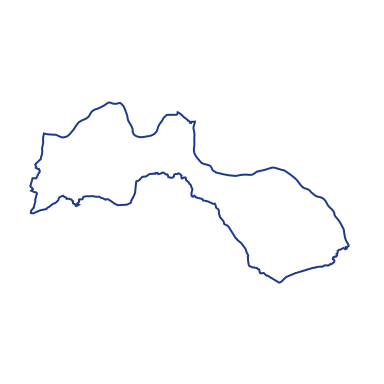 Kaplavas pag., Kraslavas, Latvia (Mercator projection), rotated 6°
{"feature_id": "27541924B33567363876406", "entity_name": "Kaplavas pag.", "entity_type": "district", "adm_level": 2, "iso_a3": "LVA", "parent_name": "Latvia", "parent_adm1": "Kraslavas", "projection": "mercator", "projection_center": [27.187, 55.84], "detail": "fine", "context": "isolated", "style": "outline", "palette": "blue", "viewbox_px": 384, "rotation_deg": 6, "n_neighbors": 0, "source": "geoboundaries", "source_scale": "gbopen_adm2", "svg_char_len": 6014}
<svg xmlns="http://www.w3.org/2000/svg" viewBox="0 0 384 384"><g transform="rotate(6 192 192)"><path d="M265.1,161.0L262.8,162.1L261.4,162.6L254.8,164.8L253.6,165.6L251.7,167.4L250.2,168.4L248.1,168.9L243.4,169.1L238.8,169.9L234.2,171.4L232.5,171.5L226.8,171.5L221.6,171.1L214.0,170.1L211.7,169.0L210.4,168.2L209.6,167.2L208.7,165.5L208.3,165.0L207.3,164.1L206.5,163.8L205.0,163.4L201.0,162.9L198.8,162.2L198.0,161.7L193.4,157.4L191.1,154.5L190.3,153.1L190.0,152.3L189.5,150.3L189.3,147.8L189.5,145.7L189.3,143.5L188.7,138.9L188.4,134.1L188.1,132.9L187.9,132.2L186.7,128.1L186.9,125.7L187.5,122.9L187.6,121.7L183.5,122.4L183.7,123.4L182.8,123.4L182.7,122.5L180.9,121.4L180.6,121.4L180.6,121.2L177.4,119.1L176.8,118.9L175.7,118.1L175.5,117.8L171.3,114.9L169.4,114.2L169.4,115.4L169.3,115.8L169.1,116.2L168.6,116.8L159.0,117.9L158.1,118.9L156.9,120.1L155.9,121.5L154.8,124.2L152.7,127.8L151.6,130.3L151.3,132.2L150.6,135.2L149.7,136.6L148.4,138.3L146.4,139.6L144.3,140.6L139.0,142.1L135.9,142.8L134.2,142.9L132.0,142.6L130.3,142.1L128.9,141.4L127.7,140.2L126.9,138.8L126.2,135.2L124.6,132.4L122.1,129.1L121.0,127.4L120.4,125.9L119.7,123.2L118.4,120.3L117.3,118.0L115.7,115.0L114.9,113.9L113.4,112.4L111.9,111.3L111.2,111.0L109.8,111.3L107.7,112.1L105.8,112.4L103.5,112.3L102.2,111.8L100.4,111.6L99.0,112.2L95.2,115.4L93.3,116.7L89.1,119.2L87.2,119.9L85.9,120.7L84.0,122.4L83.0,124.0L82.3,125.9L81.1,128.1L79.3,129.9L74.9,132.4L72.0,134.6L69.6,138.5L68.3,141.3L65.5,145.6L64.0,147.7L61.8,149.9L59.4,150.8L57.7,151.3L55.4,150.9L51.0,149.4L49.6,149.3L48.1,149.5L41.7,149.7L38.6,149.3L38.3,153.7L38.4,155.4L38.9,158.7L38.3,164.3L38.9,167.3L38.8,170.6L38.2,173.1L38.2,175.0L35.5,178.1L33.2,181.0L34.6,183.6L34.3,184.2L34.2,184.3L36.8,185.4L37.2,185.1L37.5,185.2L37.8,186.1L38.1,186.3L38.2,186.7L38.4,187.0L38.5,187.4L38.0,188.8L37.4,189.4L37.2,190.5L35.7,194.6L32.0,195.0L30.6,203.1L31.1,203.8L32.3,204.5L33.5,205.8L31.9,207.5L35.3,208.6L37.2,208.7L37.9,209.4L38.0,209.7L37.8,210.9L37.4,212.6L36.9,216.3L37.2,217.7L36.6,221.1L36.3,224.0L36.2,224.0L34.0,227.4L33.8,229.4L33.9,229.8L36.4,229.8L43.1,226.0L48.9,224.2L49.9,222.8L51.6,221.6L55.1,218.1L56.4,217.8L58.3,216.2L60.0,213.9L60.2,212.2L60.7,211.2L61.3,210.7L64.1,209.2L64.3,209.2L65.4,210.1L67.3,210.7L68.0,212.0L69.2,211.5L69.8,211.7L70.9,211.6L71.2,211.9L71.7,212.0L72.4,211.9L73.4,212.6L73.8,213.2L74.7,213.6L74.7,214.3L74.6,214.9L74.9,215.7L75.4,216.0L75.9,216.2L76.6,216.2L77.7,217.3L77.8,218.0L78.2,218.1L79.2,217.5L79.7,217.3L80.7,216.6L79.0,216.2L78.9,216.1L78.9,215.9L79.1,215.4L80.6,214.0L80.7,212.8L80.3,211.4L80.4,211.2L83.3,210.8L83.8,210.6L84.6,208.1L87.1,207.4L88.7,207.1L90.5,207.0L93.9,206.4L95.6,206.7L97.4,206.7L100.4,206.4L102.1,207.4L104.1,207.6L106.9,208.7L107.3,208.2L109.3,208.0L113.7,210.2L115.8,211.5L119.5,212.9L128.5,211.4L130.6,210.2L132.3,209.0L132.6,206.8L134.7,201.6L135.5,198.5L135.4,190.3L135.5,187.3L135.6,187.1L137.7,186.3L141.1,182.1L144.8,181.3L147.3,179.0L148.5,178.4L149.0,178.3L150.5,178.3L151.5,177.8L152.1,177.7L153.3,177.8L153.6,177.7L153.6,177.1L153.7,176.9L154.2,177.0L154.7,176.8L155.7,176.6L155.9,176.8L156.0,177.4L156.2,177.6L156.6,177.6L157.4,177.7L159.7,176.5L159.9,176.2L160.1,176.1L160.4,175.8L160.6,175.7L162.1,175.9L164.1,177.2L164.5,177.3L165.3,177.0L165.6,177.1L166.4,178.0L166.7,179.3L166.9,179.7L168.0,179.7L168.6,180.0L169.2,179.9L169.9,180.1L170.3,179.8L171.3,179.7L171.8,179.2L172.4,178.4L172.4,176.8L172.8,176.3L173.8,175.8L175.0,175.7L175.9,175.4L176.6,174.9L177.2,174.9L178.1,175.4L179.9,176.7L179.9,176.9L179.8,177.9L180.3,179.5L180.9,179.6L182.4,178.5L184.0,178.2L184.2,178.4L184.2,178.7L184.5,179.3L184.9,180.9L185.5,181.2L186.7,182.1L187.4,182.4L188.5,184.1L189.4,184.6L190.1,185.3L190.7,186.7L191.1,187.7L191.5,188.0L191.8,188.7L192.0,188.8L192.1,189.1L192.1,189.4L191.8,191.6L191.6,193.4L191.5,193.8L191.8,194.2L191.8,195.5L192.7,196.5L193.0,196.6L193.7,196.5L194.1,195.9L194.7,195.6L195.0,195.4L196.2,196.8L196.4,196.9L203.0,197.9L203.8,199.2L207.4,199.5L209.4,199.9L214.1,201.5L215.9,201.2L217.2,203.6L217.6,205.1L220.0,206.5L220.6,207.5L221.2,211.2L222.0,212.5L222.4,214.0L224.1,215.5L226.5,218.0L227.4,220.5L230.9,221.8L232.3,223.1L239.4,232.2L240.9,233.9L241.2,234.0L241.9,234.4L242.4,235.2L246.3,237.6L251.1,242.9L253.2,247.4L253.8,247.9L254.6,249.5L254.6,249.8L254.3,250.4L254.2,250.9L254.6,251.7L254.8,254.0L256.0,258.3L256.1,258.8L256.9,259.7L258.1,259.9L259.2,260.5L264.5,260.8L265.4,261.8L266.5,261.8L266.9,262.1L267.0,262.3L267.9,265.2L268.3,265.6L268.8,265.7L271.6,265.1L272.2,265.3L274.6,267.3L275.0,267.4L275.6,267.2L288.1,273.0L290.1,272.0L292.8,268.7L294.7,266.6L303.1,262.0L320.7,254.6L321.3,254.7L322.3,254.4L322.8,254.1L323.2,253.7L324.7,253.5L327.1,252.8L327.6,252.7L328.8,252.9L329.0,252.8L329.3,252.4L330.2,252.2L331.2,251.5L331.5,251.1L333.3,250.9L333.8,251.0L334.5,250.8L334.9,251.0L335.9,250.5L336.2,249.8L337.1,249.4L337.6,249.5L338.0,249.0L339.2,248.5L339.6,247.9L340.6,247.0L340.9,245.7L340.5,245.1L340.4,244.8L339.9,244.3L339.0,244.0L338.9,243.3L339.1,242.9L339.6,242.7L339.6,242.1L339.6,241.9L340.1,241.8L340.6,241.4L341.1,241.2L341.4,241.4L342.0,241.3L342.5,240.7L342.5,240.3L342.9,239.8L343.0,238.8L342.8,238.3L342.4,238.2L343.1,237.4L343.1,236.0L343.3,235.4L343.2,235.2L343.5,235.0L344.1,234.2L346.0,233.6L348.2,232.0L348.6,231.8L348.8,231.8L350.2,232.9L350.8,232.7L351.4,232.4L351.2,231.9L351.3,231.5L351.1,231.3L350.9,230.8L351.3,230.8L351.6,230.6L352.0,230.8L352.0,230.6L352.3,230.3L352.3,230.0L353.4,229.3L353.2,228.3L352.5,227.2L351.2,225.6L349.8,223.3L348.6,220.3L347.6,216.6L347.1,214.3L346.4,212.6L346.1,212.2L342.0,206.2L339.6,203.6L337.3,201.5L336.1,199.9L335.6,197.8L334.4,196.0L332.7,194.5L330.0,192.4L328.1,190.5L327.0,188.7L325.8,187.1L324.0,185.3L322.2,184.4L320.5,183.8L317.3,183.5L314.9,182.7L310.5,179.8L309.0,178.3L307.9,177.6L306.6,177.1L302.7,176.3L300.9,175.2L299.1,173.5L297.2,171.4L295.2,169.4L293.0,167.5L287.9,164.3L281.6,160.9L278.4,160.5L271.5,159.2L269.3,159.3L265.1,161.0Z" fill="none" stroke="#1e3a8a" stroke-width="2"/></g></svg>